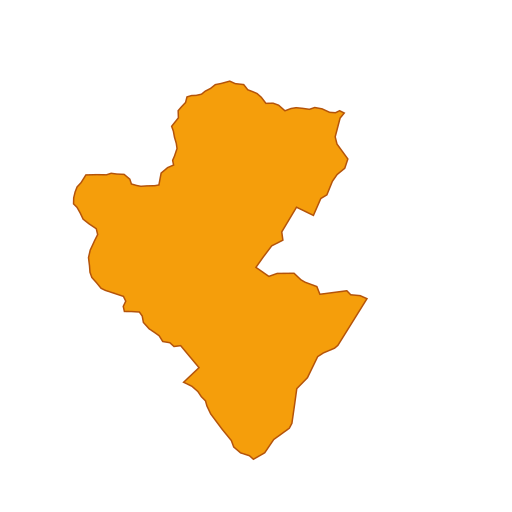 Passo do Sobrado, Rio Grande do Sul, Brazil, rotated 328°
{"feature_id": "56859067B30972219704232", "entity_name": "Passo do Sobrado", "entity_type": "district", "adm_level": 2, "iso_a3": "BRA", "parent_name": "Brazil", "parent_adm1": "Rio Grande do Sul", "projection": "robinson", "projection_center": [-52.245, -29.77], "detail": "fine", "context": "isolated", "style": "filled", "palette": "amber", "viewbox_px": 512, "rotation_deg": 328, "n_neighbors": 0, "source": "geoboundaries", "source_scale": "gbopen_adm2", "svg_char_len": 1908}
<svg xmlns="http://www.w3.org/2000/svg" viewBox="0 0 512 512"><g transform="rotate(328 256 256)"><path d="M406.6,181.5L403.9,177.1L399.3,176.6L394.6,173.2L390.0,166.2L384.5,161.2L379.0,159.9L373.8,155.5L368.6,151.5L363.9,149.5L357.5,148.2L355.1,140.1L351.5,135.5L345.3,131.8L344.6,124.2L343.0,118.8L340.3,114.9L337.1,110.7L336.4,104.1L329.7,98.8L326.4,93.8L317.8,91.2L312.3,89.1L306.3,89.8L300.3,89.3L295.5,89.9L290.4,88.1L286.4,85.8L281.8,84.5L277.6,88.5L271.5,90.1L267.0,91.5L263.4,97.7L253.2,101.3L252.1,106.3L249.8,112.1L248.1,118.2L246.0,123.0L239.8,128.1L236.0,130.7L234.3,135.2L227.9,134.2L219.5,135.4L211.3,144.3L207.5,142.8L200.4,138.6L195.3,135.9L192.1,132.9L188.5,128.9L189.7,124.0L187.4,116.9L181.2,112.6L177.0,109.1L172.2,107.9L164.0,102.6L154.7,97.1L146.5,101.1L140.9,102.6L136.6,105.8L132.2,110.1L128.9,115.1L130.0,119.9L129.7,126.4L128.9,133.2L131.5,140.4L135.0,148.2L133.1,153.9L127.5,157.3L123.1,160.2L118.6,163.1L113.1,168.6L109.6,176.1L106.6,181.8L105.4,187.2L106.6,194.2L107.5,201.3L110.0,205.3L122.2,220.0L121.6,225.3L116.7,228.4L115.0,233.3L121.1,237.2L127.4,241.7L127.7,246.6L125.3,252.7L126.8,261.2L129.5,267.2L131.6,272.3L131.6,279.1L137.0,283.9L138.5,289.3L144.6,292.1L145.7,300.2L148.5,320.5L127.7,324.7L132.6,332.5L134.9,340.1L135.1,346.4L136.4,352.1L134.9,357.2L133.9,365.9L135.5,385.3L137.3,399.4L135.9,406.2L138.6,414.8L144.6,421.9L146.1,427.0L159.1,427.5L173.8,421.0L193.0,419.7L197.8,416.9L209.7,402.8L220.3,390.1L235.1,386.5L255.0,374.0L261.8,373.9L273.8,375.8L278.0,375.2L327.5,351.0L323.3,344.8L315.8,339.1L314.6,333.6L289.9,322.3L291.4,314.2L283.7,304.2L281.5,300.0L279.1,290.8L264.7,282.0L256.1,280.1L249.9,265.6L261.6,260.7L274.7,255.7L287.2,256.8L290.6,249.2L316.2,236.1L326.2,252.0L341.4,241.6L348.5,241.7L360.4,233.1L367.9,229.9L377.8,228.6L385.3,222.4L384.0,204.0L386.3,196.9L400.4,183.6L406.6,181.5Z" fill="#f59e0b" stroke="#b45309" stroke-width="1.5"/></g></svg>